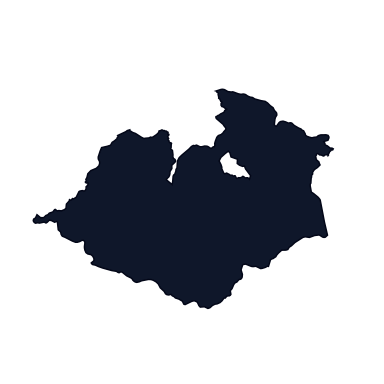 outline of Kambove, Katanga, Democratic Republic of the Congo, rotated 18°
{"feature_id": "63176286B84034630662614", "entity_name": "Kambove", "entity_type": "district", "adm_level": 2, "iso_a3": "COD", "parent_name": "Democratic Republic of the Congo", "parent_adm1": "Katanga", "projection": "albers", "projection_center": [26.544, -11.235], "detail": "fine", "context": "isolated", "style": "filled", "palette": "ink", "viewbox_px": 384, "rotation_deg": 18, "n_neighbors": 0, "source": "geoboundaries", "source_scale": "gbopen_adm2", "svg_char_len": 6027}
<svg xmlns="http://www.w3.org/2000/svg" viewBox="0 0 384 384"><g transform="rotate(18 192 192)"><path d="M273.6,98.2L268.6,97.1L265.5,95.6L264.0,95.8L262.5,96.7L259.4,96.4L256.7,96.5L254.7,97.5L254.1,98.0L253.4,99.0L252.0,103.4L251.0,103.5L249.5,102.6L248.4,97.3L248.3,95.3L248.9,92.6L248.1,90.8L246.9,89.9L245.2,89.0L243.1,86.8L239.7,85.7L236.4,84.0L233.6,83.2L229.5,83.8L222.9,84.1L220.4,83.4L217.8,83.8L215.1,83.5L212.9,82.8L211.6,82.8L210.4,83.0L208.4,84.0L205.7,84.3L200.6,84.1L199.6,84.2L198.4,84.8L195.1,85.4L191.3,84.6L189.5,84.8L188.0,85.4L183.7,88.5L184.0,88.5L185.1,89.5L186.1,89.6L186.7,90.0L186.7,91.2L188.1,93.5L188.4,94.6L189.8,95.1L191.5,97.0L192.3,96.9L192.9,97.9L192.3,98.7L192.8,100.5L194.0,101.5L195.7,101.4L197.7,102.2L199.3,102.5L198.0,104.3L197.7,106.4L195.0,109.0L194.0,110.6L193.2,111.0L192.5,112.1L191.5,112.9L191.6,113.5L192.4,114.6L200.6,118.0L201.9,119.1L203.9,120.4L204.7,121.2L204.8,122.2L203.5,125.1L203.3,126.1L202.0,128.3L199.6,130.2L198.7,132.3L198.5,136.5L198.6,138.8L199.3,140.4L199.3,142.1L198.6,142.3L197.9,142.9L197.0,144.5L195.8,144.6L193.4,143.9L192.1,143.8L189.8,144.4L187.4,145.9L186.5,146.2L185.5,146.5L181.9,146.0L179.9,147.3L178.9,147.3L177.4,148.9L175.8,152.2L170.9,160.1L169.2,163.3L168.6,167.0L170.2,173.4L170.2,174.4L169.8,175.3L170.2,177.2L170.1,180.4L169.3,181.6L169.2,182.9L170.4,188.0L170.8,191.1L163.9,188.3L163.7,187.8L165.3,184.7L165.5,182.8L165.2,180.7L164.7,179.7L165.6,175.9L164.5,172.9L166.3,169.5L166.8,168.3L166.7,167.5L165.8,166.3L163.9,165.7L162.9,164.4L162.4,162.5L160.6,158.6L159.4,157.9L158.6,157.9L158.2,157.1L158.4,156.2L157.6,153.4L157.5,152.1L156.7,151.7L156.2,152.0L155.6,151.8L154.3,151.0L154.1,150.2L153.3,149.9L152.7,148.6L153.1,148.2L151.9,147.2L151.7,146.6L152.3,145.4L152.2,144.4L151.3,144.5L151.0,144.1L151.0,143.1L150.6,142.5L149.7,142.5L148.9,142.0L147.9,142.3L146.6,142.1L145.9,142.6L144.9,142.2L143.9,142.4L143.0,143.4L141.8,144.1L141.9,145.5L141.5,146.6L140.5,148.4L138.0,151.6L137.1,152.4L135.6,152.6L134.3,153.9L130.5,155.5L129.9,156.0L127.1,155.6L120.2,153.8L117.2,153.7L113.8,152.8L113.6,152.1L111.4,153.6L110.5,155.0L103.9,161.2L104.6,161.6L104.7,162.1L104.1,163.2L104.2,164.5L102.4,167.4L100.7,169.5L100.1,172.7L97.3,174.7L92.3,177.7L92.0,181.6L92.0,187.7L92.7,189.6L94.6,191.5L95.3,193.1L95.4,195.8L93.7,199.0L89.2,202.9L87.3,206.8L87.6,210.8L87.2,212.7L87.3,213.2L88.3,214.2L87.5,215.4L87.8,215.9L89.3,216.0L90.3,215.6L90.7,216.3L90.8,217.0L90.3,218.3L90.6,218.5L90.2,219.4L89.7,219.7L90.3,221.9L89.9,223.6L89.0,224.7L87.9,224.4L87.0,224.7L85.2,225.7L84.4,226.5L83.5,232.8L81.3,235.3L80.3,235.2L79.9,236.5L78.9,237.4L77.9,237.1L77.8,237.5L78.1,238.2L76.3,242.3L77.2,246.5L76.1,248.2L73.6,250.3L71.1,250.8L70.0,251.5L69.2,251.5L67.4,250.8L66.8,251.2L65.8,254.0L62.8,256.2L62.0,258.1L60.3,259.5L59.2,261.7L58.2,262.6L57.1,262.7L56.4,263.4L51.6,261.5L51.3,264.1L50.7,265.9L49.8,266.6L49.8,268.0L50.4,269.0L51.6,269.8L52.9,270.0L54.5,269.0L56.5,268.7L60.7,266.3L62.7,266.6L63.6,265.6L65.0,262.9L67.1,262.6L70.7,263.2L72.2,261.9L72.7,261.9L73.4,262.4L76.5,269.3L79.4,270.6L80.8,272.9L82.3,274.1L85.3,274.3L93.2,275.6L96.8,275.8L98.5,275.2L100.4,273.9L102.2,272.1L103.4,271.5L104.5,271.8L105.5,272.7L105.9,273.6L106.5,276.9L107.0,278.4L108.1,280.4L109.9,282.4L112.0,283.1L115.6,282.8L117.7,283.9L119.3,285.6L119.9,287.3L119.5,288.4L118.1,290.5L118.5,291.1L119.8,291.7L122.7,291.4L126.1,291.8L130.7,291.9L140.0,291.5L144.6,290.8L146.4,291.3L147.6,291.3L148.9,289.9L150.4,289.8L155.8,291.9L160.7,292.6L162.3,293.3L162.8,294.0L164.2,294.7L165.6,295.1L166.7,295.1L167.4,295.0L169.6,293.7L171.5,292.0L177.6,288.6L180.2,287.9L182.4,287.9L185.7,288.6L188.4,289.9L191.4,292.9L196.2,295.1L198.3,297.0L199.8,297.4L201.7,297.1L203.7,295.8L205.3,296.8L207.4,297.1L208.9,297.9L212.6,297.9L216.6,298.8L218.9,301.2L220.2,301.2L225.3,296.3L226.6,295.3L228.1,294.7L230.2,294.9L231.3,295.3L233.8,298.0L235.4,298.9L239.3,297.3L243.1,297.8L244.1,297.1L244.9,296.4L246.5,293.6L248.5,291.6L250.5,290.6L252.8,288.5L254.1,286.3L255.2,283.0L256.4,282.6L257.2,280.5L258.6,279.4L259.3,279.4L260.3,278.4L260.6,277.3L259.0,274.2L259.2,273.2L259.9,271.6L260.3,267.1L261.0,265.1L262.5,263.7L263.6,260.9L265.3,259.8L265.8,258.8L266.0,257.5L265.4,254.8L262.7,250.9L262.7,245.9L263.1,245.1L265.3,244.0L271.5,244.4L273.1,244.1L275.7,242.9L280.9,243.6L282.2,243.0L284.8,241.2L286.9,239.1L287.7,239.1L287.6,232.2L288.5,231.0L289.5,230.4L291.7,227.6L292.0,225.9L293.0,223.5L294.7,220.6L295.3,219.6L299.3,218.2L300.9,217.1L301.5,214.5L303.2,212.4L305.5,208.2L311.5,200.9L313.5,199.6L317.7,198.9L322.0,195.5L326.3,193.5L330.1,194.5L331.6,194.4L332.8,193.7L334.2,191.2L327.3,179.8L316.5,160.2L316.0,159.6L313.7,158.1L308.1,155.9L305.5,155.2L302.5,149.6L302.0,148.0L302.3,146.9L301.1,142.2L301.1,140.8L300.6,139.3L301.2,137.6L300.6,136.1L301.2,133.6L302.1,132.0L303.7,130.0L305.4,126.7L303.8,125.0L303.6,124.3L302.9,124.2L301.9,123.4L300.7,123.3L300.1,122.2L299.5,122.1L299.3,121.1L298.9,121.1L298.6,119.6L298.9,118.4L298.8,117.3L299.6,116.6L300.3,116.6L301.6,117.2L302.4,117.3L303.0,116.8L305.7,117.2L305.9,116.9L306.4,116.8L306.7,115.8L308.9,114.8L309.6,114.7L310.1,115.4L310.4,114.7L309.8,113.5L310.4,112.5L310.4,111.1L311.2,110.0L311.4,109.1L312.8,108.5L313.0,107.3L311.5,107.0L310.6,107.4L309.7,107.5L306.5,106.3L304.5,106.1L303.7,105.8L303.4,104.7L301.7,103.3L305.3,100.8L305.5,98.2L305.1,97.2L303.9,96.1L301.8,96.2L296.6,98.0L294.7,99.4L293.6,101.2L291.1,102.3L289.3,103.4L286.7,103.6L284.0,103.5L282.5,103.0L281.6,101.6L279.2,99.3L277.7,99.2L276.2,98.4L273.6,98.2ZM213.9,141.9L216.0,143.1L218.3,146.6L225.1,146.8L226.2,150.9L228.8,151.8L232.2,152.0L233.9,151.1L235.8,153.5L242.7,158.4L242.7,162.1L241.4,161.4L240.3,161.3L238.2,162.2L236.3,161.4L235.5,161.4L234.8,162.5L233.5,163.6L231.8,164.0L230.5,165.3L230.0,165.2L228.1,163.3L227.4,163.4L226.7,164.1L224.8,163.6L223.6,164.3L222.3,163.8L219.1,163.3L217.5,164.6L216.3,164.2L213.0,160.5L212.7,159.2L211.1,157.0L208.2,154.1L208.8,150.1L211.7,145.1L213.9,141.9Z" fill="#0f172a" stroke="#020617" stroke-width="1.5"/></g></svg>